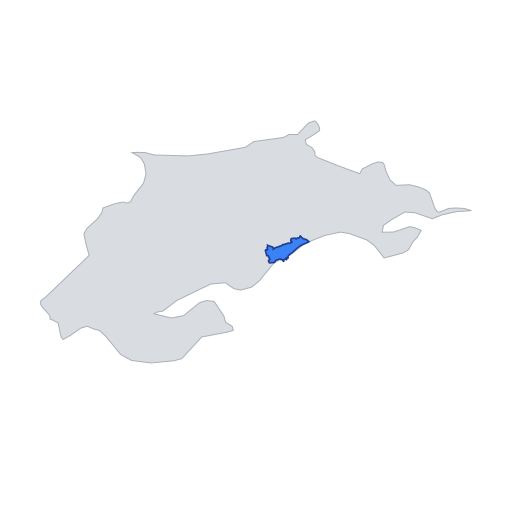 location of Quepos, Puntarenas, Costa Rica, rotated 291°
{"feature_id": "36466004B16992586441876", "entity_name": "Quepos", "entity_type": "district", "adm_level": 2, "iso_a3": "CRI", "parent_name": "Costa Rica", "parent_adm1": "Puntarenas", "projection": "equal_earth", "projection_center": [-84.055, 9.413], "detail": "fine", "context": "in_parent", "style": "filled", "palette": "blue", "viewbox_px": 512, "rotation_deg": 291, "n_neighbors": 0, "source": "geoboundaries", "source_scale": "gbopen_adm2", "svg_char_len": 6611}
<svg xmlns="http://www.w3.org/2000/svg" viewBox="0 0 512 512"><g transform="rotate(291 256 256)"><path d="M403.1,262.1L402.6,264.3L401.1,266.6L398.9,268.9L396.0,270.5L389.0,265.7L382.2,260.3L378.4,262.8L377.0,269.8L374.4,273.4L371.3,274.9L370.0,277.2L369.7,301.0L370.0,323.4L375.2,323.9L383.9,331.7L387.5,336.2L388.7,340.5L387.7,342.5L381.3,347.4L375.2,353.6L372.1,361.3L377.5,373.8L378.7,382.3L378.5,391.1L377.0,395.4L365.0,405.6L362.4,409.1L362.7,411.7L369.4,418.7L372.5,425.5L375.1,433.7L375.5,440.8L369.5,427.6L361.2,415.1L353.9,407.3L353.4,389.2L350.5,379.4L339.6,370.3L330.3,364.0L323.4,365.3L327.6,375.7L338.5,389.0L339.3,394.1L339.1,401.0L331.6,400.0L324.9,397.2L316.8,396.3L311.5,392.2L300.1,376.3L308.2,362.7L310.7,353.8L310.4,335.3L308.6,326.3L299.8,312.7L285.8,297.7L266.2,285.5L257.0,275.6L234.1,268.1L225.4,263.1L218.6,253.8L217.6,247.1L220.0,236.9L213.7,223.9L186.4,198.2L171.2,188.8L167.9,183.3L165.5,181.5L167.8,199.2L174.5,209.9L191.9,219.8L196.6,225.6L198.6,233.2L188.4,247.6L183.3,251.2L181.8,259.1L178.5,261.5L175.0,257.0L160.9,234.3L133.6,223.5L128.7,216.8L118.5,196.2L113.9,177.3L115.6,164.8L126.8,145.2L130.4,136.7L129.7,131.4L130.0,123.7L125.9,118.3L115.5,111.3L108.9,105.7L110.7,102.9L122.6,95.3L123.4,88.5L123.3,86.2L125.3,85.7L127.0,83.9L128.1,82.0L131.3,75.5L134.2,71.7L137.4,71.2L141.4,73.9L156.4,81.0L173.0,88.8L196.7,100.0L206.5,92.9L215.0,87.4L220.9,88.2L233.6,94.5L241.3,96.6L246.0,95.9L254.1,105.3L258.6,112.3L259.3,117.0L261.8,119.5L268.1,120.1L283.7,124.9L293.2,123.9L301.8,118.9L306.6,112.9L308.1,103.3L310.2,108.0L312.8,115.4L313.9,124.9L325.1,156.8L334.1,174.6L353.6,207.0L362.1,213.0L376.4,239.1L381.3,243.4L384.2,251.1L399.0,257.4L403.1,262.1Z" fill="#d9dde1" stroke="#a8b0b8" stroke-width="1"/><path d="M289.5,297.3L289.4,296.6L289.3,296.4L289.1,295.9L289.2,295.6L289.3,295.1L289.3,294.8L289.0,294.3L289.0,293.9L289.3,293.4L289.5,292.9L289.5,292.4L289.6,292.0L289.7,291.9L290.0,291.7L290.3,291.3L290.3,290.8L290.4,290.6L290.6,290.1L290.4,289.9L290.2,289.9L289.8,290.1L289.5,290.1L289.1,289.9L288.5,289.8L288.4,289.7L288.2,289.5L288.1,289.1L288.0,288.6L287.8,288.3L287.7,288.2L287.3,287.9L287.0,287.7L286.9,287.6L286.3,287.5L286.2,287.1L286.3,286.8L286.6,286.6L286.7,286.0L286.6,285.7L286.4,285.2L286.0,284.6L285.6,284.2L285.4,283.5L285.2,283.1L285.1,282.8L284.9,282.7L284.6,282.6L284.0,282.6L283.3,282.7L283.0,282.8L282.5,283.1L282.4,283.3L282.3,283.5L282.5,283.9L282.5,284.0L282.3,284.4L281.8,284.5L281.7,284.4L281.3,283.9L281.3,283.7L281.2,283.6L280.7,283.6L280.4,283.5L280.1,283.3L279.8,283.0L279.8,282.8L279.8,282.7L279.9,282.2L279.9,281.9L279.8,281.6L279.7,281.4L279.3,281.0L279.0,280.7L278.7,280.6L278.4,280.2L278.3,279.8L278.3,279.6L278.2,279.3L278.1,279.2L277.6,278.9L277.3,278.8L277.0,278.6L276.9,278.5L276.5,278.0L276.5,277.4L276.6,277.1L275.6,276.5L275.3,276.4L275.0,276.0L274.7,275.9L274.4,275.8L274.3,275.7L274.2,275.4L273.9,275.0L273.8,274.9L273.7,274.6L273.2,274.3L273.2,274.1L272.9,274.0L272.8,273.9L272.4,273.2L272.0,272.9L271.9,272.5L271.7,272.4L271.2,271.6L271.1,271.4L270.9,271.2L270.6,271.1L270.4,271.1L270.1,270.9L269.8,270.0L269.7,269.7L269.6,269.8L269.3,269.8L269.3,270.0L269.2,270.1L268.9,269.9L269.0,269.9L269.1,269.5L269.4,269.4L269.5,269.3L269.8,269.3L269.8,269.1L270.0,269.1L270.1,268.8L270.1,268.7L270.1,268.4L270.3,268.2L270.4,267.7L270.4,267.4L270.3,267.2L270.2,266.6L270.2,266.2L270.3,266.1L270.3,265.9L270.3,265.5L270.3,265.3L270.2,264.9L269.9,264.5L269.9,264.2L270.0,264.1L270.0,263.8L270.1,263.7L270.2,263.4L270.3,263.2L270.3,262.8L270.1,262.9L270.1,263.0L269.8,263.4L269.7,263.4L269.4,263.6L268.9,263.5L268.6,263.3L268.2,263.2L267.6,263.3L267.4,263.4L267.3,263.6L267.2,263.6L266.9,263.8L266.8,264.0L266.6,264.0L266.2,264.0L266.1,264.3L266.1,264.5L265.8,264.4L265.7,264.3L265.7,264.1L265.6,263.9L265.6,263.6L265.4,263.2L265.3,262.9L264.8,262.7L264.7,262.7L264.0,262.9L263.9,263.1L263.8,263.3L263.5,263.6L263.3,263.7L262.9,263.9L262.5,264.1L262.0,264.6L261.8,264.7L261.7,264.7L261.7,264.9L261.5,265.1L261.4,265.2L261.3,265.5L261.1,265.6L260.9,265.7L260.8,265.8L260.5,265.8L260.2,265.7L260.1,265.8L260.2,266.0L260.3,266.1L260.4,266.3L260.4,266.6L260.5,266.9L260.5,267.1L260.4,267.1L260.3,267.3L260.3,267.6L260.1,267.9L260.1,268.0L259.8,268.0L259.6,268.2L259.3,268.3L259.2,268.5L258.9,268.9L258.9,269.1L258.6,269.4L258.6,269.6L258.3,269.8L258.3,269.6L258.2,269.6L258.0,269.9L257.9,269.9L257.7,269.9L257.6,269.7L257.4,269.7L257.4,269.8L257.2,269.6L256.6,269.5L256.5,269.4L256.2,269.3L255.9,269.3L255.4,269.7L255.1,270.1L254.9,270.5L254.6,270.6L254.4,270.8L254.4,271.1L254.4,271.4L254.5,271.7L254.6,271.8L254.9,272.2L255.0,272.3L255.2,272.7L255.3,272.8L255.4,273.1L255.5,273.3L255.6,273.6L255.7,273.9L255.9,274.4L256.0,274.5L256.2,274.8L256.3,274.9L256.3,275.0L256.5,275.5L257.1,275.9L257.8,275.9L258.1,275.8L258.5,275.8L258.7,276.1L258.9,276.3L259.0,276.3L259.4,276.4L259.6,276.5L259.8,276.6L259.9,276.9L260.0,277.4L260.2,277.7L260.6,278.0L260.8,278.1L261.0,278.3L261.3,278.6L261.5,278.7L261.6,278.9L261.7,279.2L261.8,279.4L261.8,279.9L261.7,280.1L261.6,280.3L261.9,280.5L261.7,280.7L261.7,280.9L261.9,281.0L262.0,281.4L262.0,281.5L261.9,281.6L261.9,281.8L262.0,282.0L262.1,282.6L261.9,282.7L261.9,282.8L261.7,282.7L261.3,282.7L261.1,282.9L261.0,283.0L261.0,283.4L260.9,283.7L261.0,283.8L261.3,283.8L261.6,283.8L261.7,283.7L262.0,283.6L262.3,283.5L262.6,283.6L263.0,283.8L263.1,284.0L263.4,284.3L263.6,284.8L263.6,285.0L263.4,285.2L263.4,285.7L263.5,285.9L263.9,285.9L263.9,285.7L263.8,285.4L264.0,285.3L264.2,285.5L264.3,285.7L264.3,285.8L264.5,285.8L264.8,285.6L264.8,285.4L264.7,285.4L264.7,285.1L264.9,284.9L265.0,284.8L265.2,285.2L265.2,285.3L265.3,285.4L265.4,285.6L265.5,286.1L265.6,286.5L265.7,286.8L265.8,286.8L265.8,286.7L265.8,286.4L265.9,286.2L266.1,286.3L266.2,286.1L266.3,286.0L266.3,285.9L267.2,286.0L267.5,286.1L267.9,286.1L269.5,286.9L269.9,287.1L270.0,287.2L270.1,287.3L270.8,287.8L271.0,287.9L271.3,288.1L271.6,288.4L271.8,288.5L272.5,288.9L272.8,289.1L273.1,289.2L273.4,289.3L273.6,289.4L274.4,289.7L274.6,289.8L274.7,290.0L274.9,290.1L275.2,290.3L275.8,290.5L276.6,290.8L277.1,291.2L277.4,291.3L277.7,291.4L277.9,291.5L279.7,292.6L279.9,292.7L280.2,292.9L280.3,293.0L280.6,293.1L280.9,293.4L281.6,293.8L281.8,294.0L282.2,294.3L282.5,294.7L283.3,295.4L283.7,295.7L283.9,295.9L284.3,296.5L284.9,297.0L285.2,297.3L286.3,298.5L286.6,298.9L286.8,299.1L287.1,299.4L287.4,299.6L287.6,299.8L287.9,300.1L288.2,300.3L288.2,300.1L288.5,299.8L288.6,299.7L288.8,299.4L288.8,299.2L288.9,298.9L289.0,298.5L289.1,298.0L289.1,297.7L289.2,297.4L289.5,297.3L289.5,297.3Z" fill="#3b82f6" stroke="#1e3a8a" stroke-width="1.5"/></g></svg>